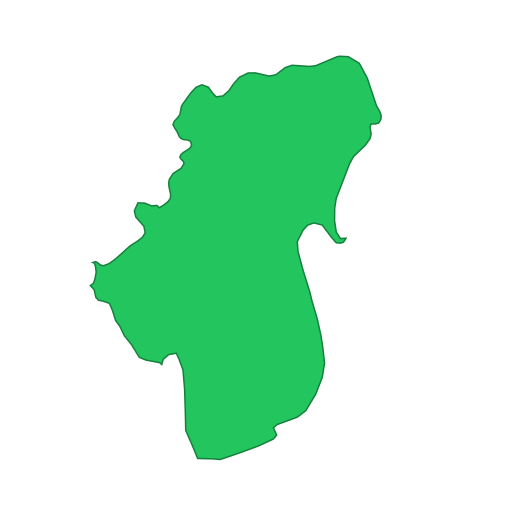 SVG path tracing the border of Una-Sana, rotated 70°
{"feature_id": "BIH-2225", "entity_name": "Una-Sana", "entity_type": "Canton", "adm_level": 1, "iso_a3": "BIH", "parent_name": "Bosnia and Herzegovina", "parent_adm1": "", "projection": "robinson", "projection_center": [16.171, 44.785], "detail": "fine", "context": "isolated", "style": "filled", "palette": "green", "viewbox_px": 512, "rotation_deg": 70, "n_neighbors": 0, "source": "natural_earth", "source_scale": "10m", "svg_char_len": 2056}
<svg xmlns="http://www.w3.org/2000/svg" viewBox="0 0 512 512"><g transform="rotate(70 256 256)"><path d="M261.0,172.4L268.5,170.6L270.1,165.3L271.2,166.7L273.0,169.2L272.8,172.3L271.0,176.1L264.0,178.8L249.5,183.2L244.7,190.3L244.7,196.9L247.8,202.9L256.6,212.3L266.2,215.0L286.5,216.7L308.0,217.7L317.7,218.8L335.7,219.9L352.4,222.1L363.8,224.3L380.1,228.2L392.8,235.3L406.5,247.4L418.4,262.2L421.5,272.1L421.6,287.4L421.6,294.0L423.4,298.4L431.3,297.8L433.9,302.2L435.3,318.1L435.4,337.3L435.0,359.3L431.9,365.8L428.9,373.5L426.3,380.1L413.0,380.6L395.9,381.7L378.2,375.7L356.6,368.6L338.1,363.6L326.2,363.6L320.1,364.2L318.8,371.9L321.4,378.5L325.7,381.7L323.2,383.1L316.3,394.8L311.4,400.3L296.4,403.4L286.2,406.9L275.6,408.0L268.6,410.0L257.6,409.5L250.3,410.0L245.8,415.6L243.8,419.1L240.1,420.6L232.3,419.6L229.0,421.0L227.1,421.8L226.2,418.3L222.9,415.4L216.5,411.7L210.9,410.4L207.5,410.3L206.3,411.5L206.5,408.5L208.5,406.9L211.2,405.3L213.0,402.6L212.9,396.7L210.9,389.4L203.3,370.5L201.7,363.0L199.6,356.3L196.1,352.1L189.6,351.2L178.4,355.6L172.0,354.9L165.7,348.8L168.1,342.7L173.2,336.9L174.6,331.8L177.1,330.6L177.6,330.3L176.5,325.1L174.9,320.3L172.5,316.7L168.7,315.1L161.2,314.1L157.4,313.0L154.3,311.2L150.2,305.8L147.9,296.3L144.6,292.1L142.3,291.9L139.7,293.2L137.1,293.8L134.8,291.6L133.7,288.3L132.9,284.3L131.8,280.7L129.7,278.6L125.8,278.3L123.6,280.7L122.0,284.0L119.7,286.5L117.1,287.3L111.6,287.7L108.6,288.5L104.1,289.1L101.4,286.6L99.4,282.7L97.1,279.2L89.8,274.8L88.1,272.8L80.4,261.4L77.0,254.7L76.6,248.3L81.1,243.0L87.4,241.3L92.8,239.0L94.3,232.3L91.4,225.0L86.5,218.1L82.3,210.4L81.3,200.7L82.3,198.0L83.7,194.0L91.4,182.2L92.5,175.4L88.9,163.9L89.1,156.9L96.3,140.5L97.6,134.7L96.5,112.2L96.8,109.3L100.3,101.0L103.5,98.5L110.3,93.0L126.9,90.6L156.2,91.4L163.2,90.2L166.6,90.3L170.3,91.9L173.0,95.3L172.8,98.6L171.7,101.4L171.5,103.1L174.1,104.8L180.8,106.1L184.7,108.7L189.4,115.5L195.9,130.3L201.3,136.5L229.3,160.9L238.0,165.7L249.7,170.1L261.0,172.4Z" fill="#22c55e" stroke="#15803d" stroke-width="1.5"/></g></svg>